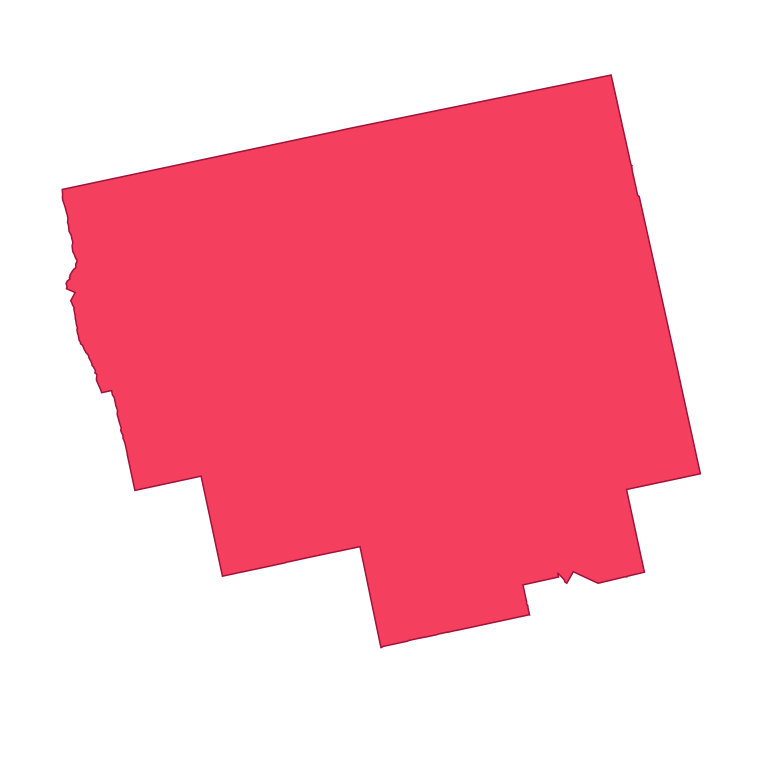 the district of Southern Mallee, South Australia, Australia, rotated 258°
{"feature_id": "25037944B47874528632088", "entity_name": "Southern Mallee", "entity_type": "district", "adm_level": 2, "iso_a3": "AUS", "parent_name": "Australia", "parent_adm1": "South Australia", "projection": "equal_earth", "projection_center": [140.616, -35.367], "detail": "fine", "context": "isolated", "style": "filled", "palette": "rose", "viewbox_px": 768, "rotation_deg": 258, "n_neighbors": 0, "source": "geoboundaries", "source_scale": "gbopen_adm2", "svg_char_len": 5901}
<svg xmlns="http://www.w3.org/2000/svg" viewBox="0 0 768 768"><g transform="rotate(258 384 384)"><path d="M641.2,109.7L636.7,109.1L632.2,108.0L629.6,108.1L623.8,108.8L617.8,109.1L615.0,109.4L611.4,109.2L607.6,108.0L605.3,108.4L598.7,107.7L594.1,109.0L591.1,108.8L588.6,109.1L586.4,108.8L584.0,107.6L579.5,107.2L577.5,107.2L576.2,107.8L570.6,108.6L569.9,109.2L568.9,109.5L567.2,108.9L565.4,107.3L562.6,107.0L561.6,106.3L560.8,104.5L558.8,102.2L555.6,99.4L554.8,99.4L553.3,98.3L552.1,98.8L551.2,96.8L550.8,96.4L550.7,95.7L548.3,93.9L545.9,94.2L544.2,94.0L543.9,93.5L543.2,93.2L537.7,100.9L534.4,98.1L533.7,97.5L530.5,94.8L528.3,95.5L527.5,95.5L525.3,96.0L524.1,96.5L522.7,96.8L521.9,96.2L514.9,96.1L511.7,95.6L510.6,95.7L506.8,95.5L503.7,95.6L503.1,95.8L502.1,95.7L501.7,95.2L500.5,94.8L500.0,94.9L496.6,94.8L495.4,95.1L490.4,94.9L490.2,94.9L487.7,95.8L486.5,95.5L484.5,97.2L479.3,98.1L478.4,98.6L476.7,98.9L475.7,99.8L474.7,100.1L474.1,100.6L472.6,100.9L471.1,100.8L470.4,101.1L470.0,101.0L466.8,102.2L465.6,102.2L464.8,102.5L462.7,102.3L461.6,103.1L457.9,104.3L456.8,104.4L455.0,103.5L454.4,103.9L453.9,104.7L452.9,105.0L451.4,104.8L449.7,104.0L447.5,103.5L436.7,105.8L434.2,106.0L434.2,116.2L429.8,116.1L426.8,117.3L418.5,117.2L413.9,117.9L409.6,116.7L409.0,116.8L408.0,116.7L406.9,116.9L400.7,117.2L397.5,117.6L395.7,117.8L393.4,116.8L392.9,116.8L391.9,117.2L391.2,117.1L388.5,117.9L386.2,117.7L385.1,117.4L384.7,117.4L383.7,117.8L382.3,118.1L381.9,118.0L380.3,118.3L368.9,118.4L368.6,118.2L368.3,118.2L367.5,118.2L367.0,118.2L331.7,118.2L331.9,185.9L300.1,186.0L278.9,186.0L253.6,186.0L229.6,186.0L229.6,199.8L229.7,200.1L229.7,200.5L229.7,201.3L229.7,202.1L229.7,202.5L229.6,203.2L229.6,203.7L229.6,204.2L229.7,204.7L229.6,205.7L229.8,206.1L229.6,206.2L229.7,250.6L229.8,250.6L230.0,251.0L230.0,252.1L230.0,252.8L229.9,253.2L229.9,253.5L229.9,254.0L229.9,255.0L229.9,255.5L229.9,255.9L229.9,256.2L229.9,256.4L230.0,271.1L230.0,284.7L230.0,285.0L230.2,285.4L230.1,285.5L230.0,285.8L230.0,286.7L230.0,290.6L229.9,309.3L229.9,326.7L201.4,326.6L173.2,326.4L126.8,326.2L126.8,326.7L127.0,327.3L127.2,328.0L127.5,328.6L127.5,329.0L127.6,354.0L128.0,354.8L128.0,370.9L127.9,371.6L127.8,372.0L127.8,372.5L127.8,373.4L127.8,382.7L127.8,383.4L127.9,384.1L128.1,385.0L128.1,394.5L127.9,394.7L128.0,403.6L127.9,403.9L128.1,477.3L128.0,477.8L128.0,478.1L127.9,478.3L128.7,478.3L129.3,478.4L129.9,478.3L130.3,478.4L130.7,478.3L131.0,478.3L132.0,478.3L132.3,478.3L132.8,478.3L133.4,478.3L134.2,478.3L135.3,478.3L135.7,478.4L136.8,478.5L137.1,478.6L137.5,478.5L138.2,478.2L139.2,477.9L139.4,477.9L139.6,477.9L139.8,477.9L140.2,478.0L140.5,478.1L140.8,478.2L158.6,478.2L158.9,514.6L162.5,514.6L162.4,514.8L162.1,515.2L161.8,515.5L161.3,515.8L160.8,516.1L160.5,516.3L155.5,519.3L155.1,519.6L152.7,519.8L151.1,521.4L161.0,530.1L144.7,551.8L144.6,552.8L144.6,553.4L144.6,554.7L144.7,555.5L144.8,560.9L144.8,561.6L144.9,565.8L145.0,567.1L145.0,567.7L145.0,568.7L145.0,569.3L145.1,572.4L145.1,572.9L145.1,574.0L145.2,575.8L145.2,577.0L145.3,578.9L145.3,580.0L145.0,580.3L145.0,580.7L144.9,581.8L145.0,582.0L145.4,582.2L145.4,582.8L145.4,584.8L145.5,586.4L145.5,586.8L145.5,588.3L145.5,588.7L145.5,589.0L145.6,590.4L145.6,591.0L145.6,591.6L145.6,593.6L145.7,595.0L145.7,595.7L145.8,598.4L145.8,599.6L192.6,599.4L230.4,599.3L230.4,625.3L230.4,674.8L307.5,674.3L348.1,674.1L384.2,673.8L449.9,673.2L514.4,672.6L514.5,672.5L514.9,672.0L515.6,671.6L516.0,671.4L517.1,671.3L518.1,671.4L518.8,671.3L519.1,671.3L520.2,671.3L520.6,671.3L521.6,671.3L522.1,671.3L522.8,671.3L523.3,671.4L523.6,671.3L523.9,671.3L524.4,671.3L525.1,671.3L525.9,671.3L526.9,671.3L527.6,671.2L528.6,671.3L529.0,671.3L529.9,671.2L530.6,671.3L531.3,671.3L531.7,671.3L532.5,671.2L533.4,671.3L534.3,671.3L534.8,671.2L535.9,671.2L536.9,671.2L537.6,671.2L538.6,671.2L538.9,671.2L539.1,671.2L539.8,671.2L540.2,671.2L540.6,671.2L540.9,671.2L541.1,671.2L541.6,671.2L542.0,671.2L542.7,671.4L543.4,671.4L544.1,671.4L544.6,671.5L545.4,671.6L546.0,672.0L546.4,671.4L546.8,671.2L547.1,671.2L547.6,671.2L547.9,671.2L549.0,671.2L549.5,671.1L550.1,671.2L550.9,671.1L552.6,671.1L553.2,671.1L553.5,671.1L553.9,671.1L554.7,671.1L555.5,671.1L556.1,671.1L556.5,671.1L557.9,671.1L558.7,671.1L559.1,671.1L559.8,671.1L560.4,671.0L561.0,671.0L561.7,671.1L562.0,671.1L562.4,671.1L562.7,671.1L562.9,671.1L563.1,671.1L563.4,671.0L564.2,671.1L565.1,671.0L566.2,671.0L566.5,671.0L566.8,671.0L567.4,671.0L567.6,671.0L567.9,671.0L568.1,671.0L568.6,671.0L569.3,671.0L569.5,671.0L570.3,671.0L570.8,671.0L571.4,671.0L571.8,671.0L572.0,671.0L572.3,671.0L572.5,671.0L573.1,671.0L573.3,670.9L574.2,671.0L574.5,671.0L575.5,670.9L576.2,671.0L576.5,671.0L576.8,671.0L577.6,671.0L578.5,670.9L579.3,670.9L580.3,670.9L580.7,670.9L581.5,670.9L582.7,670.9L583.1,670.9L584.0,670.9L584.3,670.8L585.0,670.9L585.6,670.8L586.6,670.8L586.8,670.8L587.0,670.8L587.3,670.8L588.0,670.8L588.4,670.8L589.4,670.8L590.4,670.8L591.1,670.8L592.2,670.8L592.4,670.8L592.9,670.8L593.4,670.8L594.3,670.8L594.6,670.8L595.0,670.8L595.6,670.7L596.2,670.7L597.0,670.7L597.4,670.8L598.3,670.8L598.9,670.7L599.2,670.7L600.1,670.7L600.7,670.7L601.5,670.7L602.0,670.7L602.3,670.7L602.5,670.7L603.0,670.7L603.5,670.7L604.1,670.7L604.8,670.7L605.7,670.7L606.6,670.6L606.8,670.7L607.9,670.7L608.4,670.7L608.9,670.7L610.0,670.6L610.3,670.6L611.1,670.7L612.0,670.7L612.5,670.7L612.9,670.7L613.2,670.7L614.2,670.6L614.9,670.6L615.5,670.6L616.0,670.6L617.9,670.6L618.4,670.6L619.0,670.6L620.2,670.6L622.8,670.6L623.3,670.5L623.7,670.5L624.5,670.5L625.2,670.5L626.1,670.5L627.0,670.5L627.9,670.5L628.9,670.5L629.2,670.5L629.8,670.5L630.1,670.5L630.3,670.5L630.5,670.5L630.8,670.5L631.9,670.5L632.4,670.5L633.2,670.4L633.9,670.4L634.6,670.4L635.0,670.4L635.5,670.4L635.9,670.4L636.8,670.4L637.4,670.4L638.2,670.4L638.6,670.4L639.0,670.4L641.2,401.0L641.1,390.9L641.2,109.7Z" fill="#f43f5e" stroke="#9f1239" stroke-width="1.5"/></g></svg>